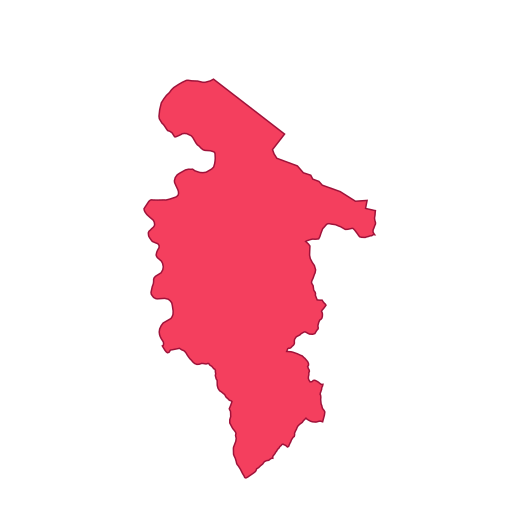 the district of Tading, Samchi, Bhutan, rotated 240°
{"feature_id": "84629894B93627988982150", "entity_name": "Tading", "entity_type": "district", "adm_level": 2, "iso_a3": "BTN", "parent_name": "Bhutan", "parent_adm1": "Samchi", "projection": "orthographic", "projection_center": [89.262, 26.881], "detail": "fine", "context": "isolated", "style": "filled", "palette": "rose", "viewbox_px": 512, "rotation_deg": 240, "n_neighbors": 0, "source": "geoboundaries", "source_scale": "gbopen_adm2", "svg_char_len": 6086}
<svg xmlns="http://www.w3.org/2000/svg" viewBox="0 0 512 512"><g transform="rotate(240 256 256)"><path d="M72.4,169.4L73.7,170.1L74.2,170.6L75.4,173.6L76.2,174.8L76.6,176.1L77.2,177.0L78.0,178.8L78.3,180.3L79.0,181.1L79.3,183.0L79.8,184.3L79.6,185.3L78.7,185.8L77.1,187.0L74.9,187.7L74.8,189.0L76.7,191.5L77.6,193.0L79.0,194.7L80.4,197.4L80.6,198.9L81.8,200.0L83.3,200.8L85.0,203.1L85.6,204.2L87.0,205.9L87.8,207.3L88.4,209.5L88.8,212.9L89.7,214.8L90.2,216.8L90.6,218.2L89.1,218.6L86.5,220.1L85.2,221.0L84.1,222.1L82.5,224.4L82.0,225.4L81.6,227.1L81.2,228.4L80.7,229.3L79.1,230.8L83.9,235.6L84.9,236.4L86.5,237.6L87.2,237.7L88.6,237.7L89.4,237.5L90.8,237.4L92.4,237.8L93.7,238.2L95.3,238.4L98.0,239.6L99.3,240.2L101.4,241.6L103.3,242.4L104.1,242.3L105.2,243.2L105.9,244.1L107.9,246.3L109.1,247.1L110.1,248.6L111.4,249.8L112.0,248.5L113.2,247.8L114.1,247.5L115.9,246.8L117.6,245.8L119.0,244.8L119.6,243.4L119.2,241.9L119.5,240.7L120.0,239.9L122.2,239.8L124.0,240.2L125.6,241.3L126.6,242.3L127.8,243.0L128.7,243.5L129.1,244.3L129.9,244.8L131.1,245.1L132.0,245.0L134.6,245.5L134.9,246.6L135.8,247.3L136.4,247.6L137.5,247.8L138.8,247.9L143.2,247.1L143.9,246.7L144.9,246.5L146.5,246.0L147.8,244.9L150.7,242.9L154.3,239.8L155.6,238.4L158.0,234.8L159.9,237.2L159.9,238.1L159.2,239.2L159.2,240.5L159.8,242.4L160.0,243.7L160.6,244.9L161.1,245.5L162.2,246.2L163.1,246.6L164.5,247.7L165.3,249.2L165.9,250.6L165.7,254.6L166.1,255.7L166.2,258.0L166.1,259.5L165.9,260.5L164.6,261.4L163.2,262.2L161.6,263.3L160.9,264.4L159.9,265.9L159.4,268.2L160.7,270.5L161.5,272.2L161.7,273.1L162.5,273.9L164.5,274.6L165.7,275.7L167.3,277.3L168.0,278.3L168.7,279.3L168.7,280.6L169.3,282.1L170.7,283.4L172.1,284.3L173.4,284.9L175.4,285.1L176.1,286.3L176.6,287.9L177.2,289.4L178.4,292.0L179.6,292.0L180.8,291.6L183.1,291.2L184.7,291.2L186.0,288.9L187.4,287.0L192.4,287.8L193.6,288.7L195.0,289.1L197.5,288.9L201.7,290.6L204.9,290.6L206.5,291.8L208.4,294.5L211.0,297.5L211.8,298.7L214.2,300.7L218.6,301.8L222.3,301.5L226.6,301.7L229.9,302.8L233.3,304.9L237.7,307.7L240.2,307.4L243.8,306.3L243.8,307.5L243.0,311.4L242.4,313.4L240.8,315.9L239.5,318.8L240.8,320.9L243.4,323.8L245.1,325.9L246.3,327.4L246.8,329.1L247.9,332.3L248.1,333.2L248.1,334.2L247.4,335.6L245.9,337.3L243.3,340.6L240.6,342.6L239.1,343.9L234.4,346.6L233.4,348.5L232.9,349.9L231.9,353.1L231.3,353.8L229.2,354.4L224.1,355.0L222.4,355.1L220.8,355.4L219.4,356.8L217.5,359.8L217.3,361.1L216.6,363.4L216.5,364.5L216.2,365.3L215.7,366.4L215.9,368.2L215.1,369.4L216.0,369.3L218.2,369.3L220.1,370.5L221.2,372.0L222.9,374.0L224.0,375.5L225.2,376.2L227.4,376.7L229.6,377.6L231.9,379.5L234.0,380.9L235.6,382.1L236.6,380.9L237.5,380.0L241.8,375.3L242.5,374.7L248.6,380.0L253.7,369.5L269.7,361.1L284.2,348.8L289.1,347.8L294.2,343.6L298.6,343.8L304.4,338.6L313.3,336.9L330.2,322.9L335.4,322.7L339.9,323.5L347.3,341.7L430.4,307.6L430.5,304.0L431.9,298.7L433.0,296.8L436.7,292.9L439.8,288.0L442.1,285.1L442.9,283.6L443.3,279.1L443.3,274.6L443.0,269.0L442.2,265.9L440.8,262.7L439.9,258.8L438.3,255.0L436.0,250.6L430.8,245.7L425.6,241.9L423.2,240.9L422.0,240.9L418.0,241.0L416.8,241.4L415.3,241.7L414.0,241.8L410.6,242.0L408.8,242.2L407.1,243.7L404.6,244.9L400.2,245.1L399.6,245.4L399.3,246.3L398.9,249.4L398.7,252.0L398.8,253.1L397.9,255.4L397.4,256.0L396.6,257.2L392.4,260.1L390.2,260.5L383.9,260.5L381.6,260.8L379.6,261.7L376.6,262.4L374.3,263.4L373.0,264.6L370.0,269.1L367.4,271.5L366.3,271.9L365.1,271.7L360.9,269.5L358.7,268.0L356.6,266.3L354.2,263.8L353.5,261.1L353.5,254.7L354.7,251.7L356.3,249.3L357.1,248.5L360.3,245.7L362.9,244.5L363.7,242.8L364.9,241.0L365.8,238.0L365.9,231.4L365.7,228.4L364.3,225.3L361.9,222.9L360.2,222.2L356.4,221.8L352.7,221.5L350.8,221.1L348.9,220.2L347.6,218.9L347.1,216.8L347.2,215.7L348.4,209.8L349.5,206.0L350.6,204.3L353.7,198.6L355.8,195.1L357.0,193.4L357.2,192.4L356.9,190.5L354.9,186.5L353.6,183.9L352.9,182.6L351.1,182.0L349.3,181.9L346.5,182.2L342.4,183.5L338.5,184.9L336.7,184.9L335.8,184.7L333.7,183.8L332.9,182.9L332.3,181.7L331.8,179.1L331.3,177.6L331.0,175.9L330.2,174.6L329.5,174.1L327.7,173.3L326.6,173.0L324.7,173.0L321.3,173.3L320.3,173.6L317.2,175.9L315.8,177.1L314.3,177.3L313.4,177.3L311.8,176.3L310.3,173.8L309.0,172.0L306.8,170.0L305.2,169.7L303.8,169.8L298.9,171.5L296.3,171.4L293.0,170.3L290.7,168.4L288.9,165.4L288.7,158.8L288.0,156.8L287.0,155.7L284.7,154.3L283.2,153.1L281.3,150.8L277.0,146.9L275.3,146.2L273.4,146.3L271.3,146.6L269.2,147.9L268.3,149.0L265.0,155.7L262.5,158.4L260.1,159.3L257.6,159.6L255.0,158.8L249.7,156.7L246.9,154.9L245.5,153.2L244.4,151.1L244.4,142.1L243.1,139.1L241.0,136.1L238.6,134.2L236.2,133.2L234.4,132.8L232.0,132.6L227.9,132.8L226.0,132.0L225.0,131.0L225.0,129.9L219.9,130.0L217.9,130.3L216.5,130.9L216.1,132.4L216.5,133.5L217.2,134.3L217.2,135.3L216.6,136.8L214.3,143.6L212.0,144.7L210.2,146.1L209.0,146.6L206.3,147.0L205.2,146.9L202.5,147.1L200.0,147.4L197.9,148.0L196.4,148.2L195.2,148.5L193.6,149.1L191.7,150.6L190.7,152.6L190.4,154.0L190.2,155.1L189.4,156.4L187.9,158.2L187.4,159.0L187.2,159.7L187.0,160.8L186.1,161.4L184.8,161.4L183.4,162.1L182.8,162.5L180.8,162.9L179.5,163.0L178.8,163.7L177.0,163.6L176.1,162.9L175.2,162.6L174.1,162.2L173.0,161.1L171.5,160.6L170.7,160.5L169.7,160.1L168.8,160.1L167.8,160.2L163.4,157.8L162.1,157.4L161.2,157.2L160.6,157.0L159.0,157.0L157.3,157.2L156.0,157.9L154.3,158.6L153.0,159.0L152.3,159.4L151.5,159.6L149.1,159.5L148.0,159.7L147.0,160.2L146.0,160.4L144.4,160.8L143.2,161.9L142.1,162.4L141.2,161.6L139.0,159.0L137.1,156.5L136.0,156.3L134.4,156.3L132.7,155.5L131.1,154.6L129.7,153.9L128.9,153.1L127.3,151.4L124.5,149.8L119.8,149.6L118.1,149.6L115.7,150.0L113.8,150.2L112.3,149.9L110.9,148.6L108.0,147.7L105.6,145.8L101.6,140.9L100.5,140.1L95.5,137.4L93.8,137.1L91.2,136.9L88.2,136.2L86.3,135.6L84.9,135.4L83.3,135.7L79.4,135.9L74.2,135.6L71.6,135.7L70.1,135.5L69.2,135.8L68.8,136.6L68.7,138.4L68.9,140.6L69.2,144.6L69.4,146.4L69.7,147.9L70.4,149.0L71.4,150.1L71.4,152.4L72.1,155.0L72.5,157.7L73.5,159.9L73.7,160.7L73.5,162.8L72.7,164.9L73.0,166.6L73.0,168.6L72.4,169.4Z" fill="#f43f5e" stroke="#9f1239" stroke-width="1.5"/></g></svg>